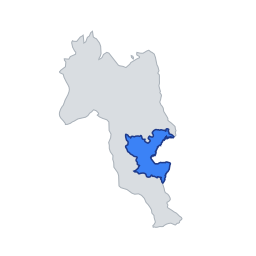 Ryanggang on a map of North Korea (Albers equal-area conic projection), rotated 115°
{"feature_id": "PRK-3314", "entity_name": "Ryanggang", "entity_type": "Province", "adm_level": 1, "iso_a3": "PRK", "parent_name": "North Korea", "parent_adm1": "", "projection": "albers", "projection_center": [127.851, 41.225], "detail": "fine", "context": "in_parent", "style": "filled", "palette": "blue", "viewbox_px": 256, "rotation_deg": 115, "n_neighbors": 0, "source": "natural_earth", "source_scale": "10m", "svg_char_len": 7470}
<svg xmlns="http://www.w3.org/2000/svg" viewBox="0 0 256 256"><g transform="rotate(115 128 128)"><path d="M151.3,186.2L150.4,186.7L148.9,189.5L147.4,193.1L146.0,195.0L144.4,196.1L142.7,196.7L139.2,197.0L136.0,196.7L135.0,196.3L130.7,196.6L129.5,196.8L123.3,196.5L120.0,196.8L117.9,197.4L115.8,198.8L114.0,201.0L112.4,203.3L109.1,207.4L106.7,209.4L106.7,212.4L106.6,213.3L105.8,213.9L105.5,213.6L104.2,213.4L98.9,210.6L94.5,212.2L93.4,214.3L92.2,215.0L90.6,210.7L87.7,210.5L83.3,206.7L81.3,207.4L80.8,208.9L78.2,212.3L74.7,215.0L73.6,215.3L72.3,215.1L72.5,214.3L71.2,211.1L65.7,209.7L63.8,208.3L62.8,207.9L68.3,204.6L69.7,204.0L68.7,203.2L67.5,202.7L63.1,203.1L60.9,201.9L57.5,202.1L55.3,201.1L60.2,197.9L60.5,195.8L60.5,194.3L63.0,189.8L65.5,187.3L71.9,183.9L74.7,183.5L76.7,183.7L78.3,183.4L76.6,182.0L75.0,181.3L71.7,181.3L68.4,179.2L68.2,177.0L75.1,163.4L75.2,162.1L74.3,158.7L74.1,155.4L69.5,153.4L67.5,153.1L61.7,149.2L59.4,147.3L58.4,147.8L58.1,150.8L57.3,151.4L55.7,151.9L55.0,148.5L53.9,146.0L50.1,143.4L48.7,142.0L49.5,139.0L49.2,138.7L49.9,135.5L52.4,133.0L58.4,128.6L60.0,126.6L63.1,124.1L64.4,124.2L65.8,124.1L66.2,123.0L66.6,122.1L67.8,121.4L70.7,120.1L74.0,118.4L76.6,117.9L79.8,115.3L81.1,114.1L82.4,114.1L82.8,113.6L83.5,112.2L84.6,111.3L86.0,111.1L88.2,110.5L91.1,110.2L93.1,107.9L93.8,106.3L95.1,104.5L97.9,102.6L99.8,99.7L101.9,96.6L102.9,95.6L103.9,95.4L104.5,94.2L105.2,90.8L106.2,87.6L106.8,86.0L109.2,84.4L109.8,83.6L110.3,83.3L111.5,83.5L112.9,82.6L114.3,81.5L115.6,81.9L116.9,82.8L118.2,84.6L118.8,86.1L119.9,87.3L120.0,89.1L121.1,89.8L123.4,90.2L127.1,91.4L129.5,91.5L130.8,92.4L133.7,92.9L139.4,92.2L141.8,92.6L142.8,93.7L144.2,94.6L145.2,94.6L146.4,93.1L147.8,90.7L148.7,88.8L148.6,87.3L147.8,85.8L145.9,84.3L144.7,82.0L143.5,79.6L142.8,78.9L142.2,77.7L142.1,76.0L142.5,74.8L145.4,74.0L149.0,73.5L152.0,74.0L156.9,73.6L159.9,72.9L162.1,73.0L164.2,72.9L165.1,71.9L167.9,69.4L169.3,68.5L170.8,66.9L171.0,65.1L171.3,63.7L172.1,62.2L173.6,60.3L174.8,59.5L176.2,59.6L177.8,60.4L178.7,61.2L179.8,60.9L180.7,59.5L181.2,59.2L182.9,59.0L183.5,58.1L184.0,53.8L184.6,50.5L184.7,48.1L186.1,44.2L186.5,41.8L187.4,40.7L188.5,40.8L189.3,41.4L190.5,41.8L191.9,41.4L192.9,42.0L193.6,43.2L195.8,44.0L196.0,44.6L196.1,48.9L197.3,50.8L199.0,52.6L201.2,54.1L202.4,54.5L203.1,55.6L203.9,57.6L205.5,59.5L206.3,60.9L206.6,62.4L207.3,63.2L206.1,64.2L204.4,63.6L201.7,63.4L198.2,66.4L196.3,67.5L195.0,70.4L192.3,72.1L190.9,74.0L189.0,77.2L187.8,80.2L184.9,83.4L183.3,87.3L183.2,90.6L185.2,94.0L185.4,96.9L184.2,102.9L185.1,109.2L184.3,111.7L175.2,116.3L172.8,118.5L169.5,124.2L165.4,126.3L162.8,128.6L159.3,130.0L157.0,134.0L154.5,136.3L151.5,137.7L149.3,139.4L144.2,139.6L140.7,140.8L138.2,144.1L130.6,147.9L129.5,150.7L130.0,155.1L130.0,158.5L129.3,161.3L127.7,160.5L126.8,161.4L125.8,164.0L126.0,166.9L128.7,167.8L130.8,169.0L133.8,169.6L136.1,171.0L140.9,177.2L144.8,179.9L145.8,180.9L148.1,182.2L150.2,184.3L151.3,186.2ZM62.4,154.8L61.0,155.7L60.9,154.0L62.1,152.6L63.3,152.4L62.4,154.8Z" fill="#d9dde1" stroke="#a8b0b8" stroke-width="1"/><path d="M159.2,72.7L161.5,72.8L163.2,73.2L163.1,73.5L162.8,74.2L162.4,74.7L161.3,75.4L160.9,75.9L160.6,76.6L160.4,76.9L160.1,77.1L159.8,77.1L159.2,76.8L158.8,76.9L158.9,77.7L159.0,78.0L159.3,78.8L159.4,79.1L159.4,79.4L159.4,80.0L159.5,80.3L159.6,80.5L159.8,80.6L160.4,80.4L160.6,80.4L160.8,80.6L160.8,81.0L160.7,81.9L160.7,82.3L160.7,83.5L160.7,83.9L160.9,84.3L161.3,84.9L161.3,85.3L161.2,85.7L160.9,86.1L160.7,86.4L160.8,86.8L161.1,87.0L162.4,87.1L163.1,87.5L163.7,88.3L164.1,89.3L164.2,90.2L163.7,91.1L163.0,91.7L162.3,92.4L162.1,93.4L162.2,94.6L162.6,95.6L163.7,97.4L164.1,97.7L164.4,98.0L164.7,98.4L164.9,98.9L164.8,99.4L164.2,100.3L164.1,100.8L164.2,101.8L164.6,102.6L164.9,103.5L164.6,104.4L163.8,103.6L162.9,103.0L160.3,101.9L159.9,101.8L159.5,101.8L158.9,102.0L158.6,102.0L157.6,101.7L157.2,101.7L157.1,102.1L157.2,102.5L157.1,103.1L157.1,103.7L157.0,104.1L156.7,104.4L155.6,104.8L155.2,105.1L154.9,105.5L154.5,106.4L154.2,106.8L153.5,107.2L152.6,107.3L151.7,107.2L150.9,107.2L150.5,107.7L150.6,108.6L150.9,109.6L151.1,110.5L151.0,111.1L150.7,112.2L150.6,112.8L150.6,114.0L150.5,114.5L150.4,115.1L150.2,115.5L149.8,116.2L149.7,116.6L149.6,117.9L149.4,118.2L149.1,118.7L148.0,119.7L147.6,120.1L146.6,121.7L145.9,122.3L145.2,122.4L144.5,122.1L143.8,121.5L143.5,121.2L143.2,121.1L142.8,121.2L140.8,121.9L140.5,122.2L140.2,122.5L140.0,123.0L139.9,123.5L139.7,124.0L139.4,124.4L137.1,126.3L135.4,127.2L135.0,127.3L134.7,127.3L134.5,126.9L134.5,126.3L134.5,125.4L134.6,125.0L134.8,124.6L135.3,124.1L135.4,123.8L135.5,123.3L135.4,122.9L135.3,122.5L135.3,122.2L135.6,121.8L135.8,121.4L135.4,121.3L134.6,121.3L134.3,121.2L134.1,121.1L133.8,120.9L133.7,120.6L133.5,120.0L133.4,118.8L133.1,118.3L132.8,118.1L132.5,117.9L132.3,117.7L132.0,117.3L131.0,115.5L130.9,115.1L130.7,114.2L130.6,113.8L130.2,113.5L129.8,113.4L129.4,113.2L129.4,112.8L129.6,112.4L129.9,112.1L131.5,110.8L131.9,110.1L131.8,109.2L131.2,108.2L131.1,107.8L131.5,107.7L132.2,107.6L132.6,107.5L132.9,107.2L133.0,106.8L133.2,106.4L133.3,105.1L133.4,104.0L133.0,103.2L132.1,102.8L130.4,102.4L129.8,102.7L129.4,103.7L129.3,104.3L129.1,104.9L128.8,105.3L128.4,105.4L127.3,105.4L126.3,105.1L126.3,104.4L126.3,103.5L126.2,102.7L125.9,102.0L125.4,101.7L124.7,101.6L124.0,101.9L123.4,102.3L123.0,102.8L122.8,103.3L122.5,103.7L122.0,104.0L121.6,104.1L120.6,103.8L119.9,103.7L119.6,103.6L118.1,102.6L117.7,102.2L117.4,101.5L117.2,100.6L117.1,100.2L116.9,99.9L116.6,99.5L116.6,99.3L116.7,99.1L116.7,98.8L116.6,98.2L115.7,97.5L115.5,96.9L115.3,95.7L115.2,95.2L115.0,94.6L114.6,93.9L114.5,93.7L114.6,93.4L114.9,93.1L115.0,92.8L114.9,92.5L114.6,92.4L114.4,92.5L114.1,92.5L113.2,92.9L112.8,92.9L112.3,92.5L112.2,92.2L112.0,91.7L112.0,91.1L112.0,90.7L112.3,90.4L112.6,90.3L113.3,90.4L113.8,90.3L114.0,90.0L114.2,89.7L114.5,89.2L114.8,88.9L115.3,88.7L115.7,88.4L115.9,87.9L115.9,87.6L115.8,87.4L115.7,86.9L115.6,86.2L115.6,85.4L115.8,84.4L116.2,83.5L116.6,82.7L117.5,83.2L117.8,83.1L117.9,83.6L118.4,84.4L118.6,84.9L118.2,84.8L117.9,84.9L117.8,85.3L117.9,85.8L118.1,86.1L118.5,86.3L119.3,86.7L119.2,86.8L119.1,87.1L119.5,87.2L120.8,87.7L121.1,88.0L120.6,88.3L120.0,88.6L119.6,89.0L119.2,89.6L119.4,89.6L119.6,89.7L119.8,89.8L120.0,90.1L120.5,89.9L120.9,90.1L121.0,90.2L121.1,90.3L121.3,90.2L121.6,89.5L121.8,89.4L122.2,89.5L122.7,90.0L123.1,90.0L123.3,90.0L123.5,89.9L123.8,90.0L123.8,90.3L123.7,90.5L123.3,90.7L123.7,90.9L124.2,91.1L125.2,91.2L125.4,91.1L125.8,91.0L126.0,90.9L126.3,91.0L126.5,91.2L126.6,91.3L127.2,91.5L127.6,91.3L128.0,91.1L128.4,91.0L128.8,91.1L129.3,91.3L129.7,91.4L130.1,91.2L130.2,92.0L130.5,92.3L131.5,92.6L132.3,93.2L132.5,93.3L132.7,93.1L133.0,92.7L133.8,93.0L136.1,93.0L136.8,92.8L137.2,93.1L137.7,93.2L138.1,93.0L138.3,92.5L138.5,92.2L139.1,92.1L140.1,91.9L140.8,92.6L141.1,92.5L141.3,92.2L141.5,91.9L141.8,92.3L141.8,92.8L141.8,93.4L141.8,93.8L142.1,93.9L142.3,93.8L142.7,93.6L142.6,94.3L143.1,94.6L143.7,94.6L144.0,94.3L144.4,94.5L144.1,94.9L145.1,95.0L146.1,94.1L148.6,89.4L149.0,88.1L148.5,87.4L148.4,86.8L148.1,86.2L147.7,85.6L147.0,85.3L146.1,84.5L145.4,83.9L145.3,83.2L145.0,82.5L143.8,80.2L143.7,79.6L142.9,79.3L142.6,78.9L142.4,78.3L141.9,75.5L142.0,75.0L142.3,74.6L142.8,74.4L143.9,74.4L147.9,73.2L150.4,73.4L151.0,73.6L151.5,74.0L152.6,74.0L153.5,74.4L153.8,74.4L154.8,74.0L155.1,74.1L155.3,74.3L155.6,74.1L155.9,73.6L156.1,73.4L156.4,73.3L158.2,73.4L158.9,73.3L159.2,72.7Z" fill="#3b82f6" stroke="#1e3a8a" stroke-width="1.5"/></g></svg>